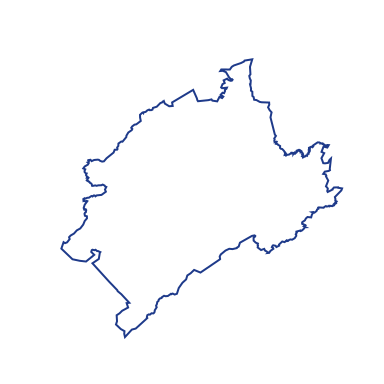 Dzērbenes pag., Vecpiebalgas, Latvia, rotated 328°
{"feature_id": "27541924B98442671693527", "entity_name": "Dzērbenes pag.", "entity_type": "district", "adm_level": 2, "iso_a3": "LVA", "parent_name": "Latvia", "parent_adm1": "Vecpiebalgas", "projection": "natural_earth1", "projection_center": [25.681, 57.222], "detail": "fine", "context": "isolated", "style": "outline", "palette": "blue", "viewbox_px": 384, "rotation_deg": 328, "n_neighbors": 0, "source": "geoboundaries", "source_scale": "gbopen_adm2", "svg_char_len": 6066}
<svg xmlns="http://www.w3.org/2000/svg" viewBox="0 0 384 384"><g transform="rotate(328 192 192)"><path d="M65.3,194.8L75.8,193.5L74.8,189.4L76.2,188.2L77.0,188.2L78.5,189.7L79.6,189.9L80.2,191.8L81.0,192.3L82.4,194.4L81.6,194.7L77.5,199.4L69.8,199.7L74.2,224.1L76.6,235.6L76.4,236.7L77.9,241.2L80.1,252.7L77.7,251.6L76.6,256.1L69.8,255.7L66.3,256.5L62.8,256.6L59.9,261.9L57.3,264.1L59.0,270.5L61.0,274.2L59.4,276.3L58.3,279.5L68.1,276.8L71.9,278.0L87.3,275.2L87.3,274.3L88.8,272.8L90.5,272.9L91.3,273.7L93.4,273.4L94.9,274.5L95.6,274.4L96.7,273.9L97.7,272.6L101.0,271.0L101.2,269.5L103.0,268.3L104.2,266.9L105.9,266.6L106.7,265.7L108.3,265.3L110.0,265.8L110.5,265.3L113.3,265.2L114.4,266.4L116.4,267.4L120.1,267.2L120.2,267.7L121.8,267.9L123.0,269.8L125.3,270.3L129.9,266.4L135.8,263.9L140.7,263.0L143.8,260.3L147.8,260.2L152.5,259.2L156.5,264.8L179.9,263.9L180.3,263.8L181.3,261.4L183.3,260.2L189.4,259.4L193.5,259.9L196.1,261.9L200.2,263.3L200.5,263.0L202.7,263.0L205.8,260.4L219.6,261.0L222.0,261.9L222.4,262.7L222.0,263.2L220.0,263.4L218.5,265.9L219.2,268.7L220.6,270.7L219.5,271.7L219.6,272.4L218.3,273.8L219.8,277.8L223.1,278.5L222.9,280.4L223.9,282.2L223.9,282.9L225.1,283.9L224.2,284.0L225.2,284.5L227.3,283.5L230.9,283.3L231.1,282.4L230.5,281.1L232.0,280.2L232.6,280.2L234.4,281.9L234.4,283.4L237.5,283.7L237.9,282.7L242.3,281.8L244.0,283.6L246.8,283.1L247.1,283.5L246.8,284.1L247.4,284.4L249.2,284.1L250.5,284.5L251.6,285.5L254.6,285.6L257.2,284.4L257.7,283.5L257.6,282.8L259.4,282.0L259.8,281.4L259.3,281.2L259.5,280.9L263.3,282.0L263.1,282.4L263.3,282.7L265.1,282.9L267.8,282.3L268.8,281.6L269.7,282.1L268.7,280.4L270.6,280.3L270.5,280.0L269.7,279.7L269.6,278.5L268.6,277.6L268.9,276.6L269.6,276.0L272.7,275.9L274.5,274.8L276.7,274.4L279.6,276.7L281.6,274.8L283.8,273.7L283.2,272.8L284.3,273.3L284.6,274.3L285.0,274.4L287.6,274.1L288.9,273.1L290.3,273.2L290.7,272.1L291.3,272.2L295.3,275.1L296.4,274.8L298.1,274.9L298.5,275.7L300.2,276.4L300.9,276.3L301.1,277.1L302.1,277.1L303.4,278.3L305.5,278.6L306.4,277.9L308.4,277.9L308.6,277.5L307.4,277.1L309.6,276.6L308.9,275.3L309.9,274.0L310.5,272.0L319.5,269.8L321.2,268.5L318.2,265.9L318.4,265.5L314.8,263.4L312.6,264.0L312.5,264.4L307.1,263.9L307.2,262.8L308.9,261.3L309.0,260.1L308.6,258.2L313.6,254.5L313.9,249.8L314.5,249.5L314.7,247.9L312.9,246.2L315.4,245.1L319.2,246.6L320.6,246.6L321.0,245.5L327.6,237.2L325.7,237.6L322.8,239.4L320.0,238.2L318.6,237.1L319.7,231.9L324.7,229.1L323.1,226.6L327.6,223.2L330.3,226.0L332.8,224.7L331.6,223.8L330.6,223.8L329.1,222.2L329.2,221.7L328.4,220.8L328.7,220.6L328.6,220.0L326.6,218.9L326.9,218.6L326.3,217.5L324.8,216.5L319.4,216.7L318.9,216.9L319.0,217.5L317.9,217.9L317.2,216.8L314.6,216.5L314.2,217.2L314.6,217.7L313.5,218.1L314.0,218.8L313.0,219.3L313.4,219.8L312.2,220.5L311.5,220.4L311.1,221.4L309.9,221.1L309.1,222.0L309.0,221.7L307.9,221.6L307.5,221.9L306.9,221.8L307.0,221.5L305.2,221.5L305.5,221.2L304.9,221.0L305.3,220.6L304.5,219.9L305.7,219.3L305.4,218.7L306.3,218.5L306.4,217.4L305.2,216.2L306.1,215.8L305.4,214.9L306.2,214.8L305.6,213.4L304.6,213.5L304.6,212.8L302.6,212.4L302.0,213.0L302.3,213.5L301.8,213.8L301.1,213.9L300.4,213.1L299.6,214.1L299.0,213.8L299.3,213.4L298.7,213.1L298.1,213.4L298.6,212.6L297.8,212.3L297.6,211.6L297.1,211.4L296.9,212.1L295.6,211.6L294.2,211.7L292.2,210.8L291.1,210.9L291.2,210.1L290.2,209.7L290.8,209.1L292.0,209.0L292.0,208.1L291.6,208.1L291.8,205.9L291.3,203.4L290.2,202.3L290.0,201.3L291.1,199.7L289.9,197.4L289.9,196.7L288.7,195.6L289.9,194.7L289.4,194.6L289.8,194.0L288.5,193.6L288.9,193.1L288.8,192.3L290.0,191.1L290.1,190.2L292.9,188.9L292.7,187.2L298.1,170.3L301.7,166.6L301.2,163.8L301.4,160.5L303.8,158.9L304.8,157.0L298.6,152.8L297.2,151.5L295.4,148.2L293.6,146.7L294.6,144.1L294.1,142.6L296.3,138.9L295.7,137.3L297.0,135.4L298.1,131.9L298.3,131.4L298.7,131.6L301.0,128.5L301.2,126.4L302.1,123.9L303.9,123.2L307.5,116.6L313.4,111.4L306.2,108.4L305.2,108.9L301.9,108.6L294.6,106.9L292.1,106.9L289.0,108.2L281.8,103.6L280.1,104.4L282.3,105.5L284.3,108.3L284.2,114.2L284.7,116.8L285.8,117.6L285.9,118.3L284.8,118.7L283.6,118.1L282.2,116.3L281.9,114.5L278.0,114.1L277.5,116.9L275.1,116.7L272.1,118.8L272.5,119.9L276.9,122.0L275.9,122.7L273.9,122.8L273.5,123.9L271.6,125.2L270.5,124.0L267.7,124.8L267.7,126.4L268.6,126.5L269.1,127.7L267.3,128.3L265.7,125.9L261.4,128.5L257.7,125.3L257.6,123.8L254.6,122.8L245.2,118.2L245.2,117.0L245.8,115.0L247.1,106.0L222.6,105.5L221.2,108.8L218.1,107.2L215.8,102.6L216.3,100.0L215.5,100.2L215.1,99.8L214.1,100.2L212.3,99.8L207.3,101.0L203.5,100.0L202.1,101.2L200.9,101.0L199.5,100.2L199.3,99.4L197.4,99.1L195.1,99.5L193.1,98.7L192.6,99.2L192.5,98.5L191.8,98.4L188.8,99.0L187.4,101.4L186.2,104.6L180.6,105.1L178.9,104.4L176.0,104.7L174.5,105.4L174.8,106.9L173.7,107.6L169.5,107.8L166.2,109.5L165.4,110.6L159.7,112.5L158.8,111.7L155.3,111.9L153.9,113.9L152.1,114.6L151.6,116.1L150.9,116.4L148.8,115.2L146.4,117.0L137.4,118.1L133.6,119.3L131.9,118.6L130.6,116.9L130.1,115.4L129.2,114.6L126.0,113.0L123.2,112.6L123.0,110.9L120.9,110.0L120.7,110.2L121.1,111.1L120.1,111.9L119.3,111.7L119.7,112.8L118.2,113.6L114.5,113.5L112.3,114.4L113.5,116.2L112.0,117.2L111.5,118.3L111.9,120.1L112.4,120.5L111.1,121.4L111.1,123.4L110.6,123.9L111.5,124.0L111.8,125.1L108.9,126.4L109.2,127.2L109.8,127.7L109.8,128.4L110.4,128.9L110.3,130.1L111.1,131.5L111.0,132.7L110.5,133.7L111.0,134.2L113.4,135.1L114.4,136.2L116.1,136.7L118.6,138.2L120.2,138.4L121.3,140.2L121.3,141.3L122.0,142.3L119.5,143.8L119.1,146.1L113.7,146.5L109.4,144.4L107.8,144.5L107.6,143.4L107.0,142.9L105.3,143.1L105.0,142.3L104.3,142.1L101.6,142.2L100.1,141.4L97.8,141.0L97.6,140.4L96.1,140.4L95.3,142.0L95.9,142.0L95.8,142.5L96.4,143.2L98.1,143.8L98.4,144.3L94.3,145.9L91.7,148.1L91.8,148.7L91.4,149.1L91.3,150.0L92.7,150.3L92.7,151.3L91.2,152.9L90.4,152.8L89.3,153.5L88.6,155.4L90.0,156.9L88.9,158.7L85.7,159.7L82.5,162.0L77.9,163.7L74.0,163.5L69.9,164.7L66.0,164.6L63.8,165.2L63.3,167.1L59.4,168.5L57.2,168.1L56.5,166.5L51.2,170.8L55.0,185.7L60.4,190.9L65.3,194.8Z" fill="none" stroke="#1e3a8a" stroke-width="2"/></g></svg>